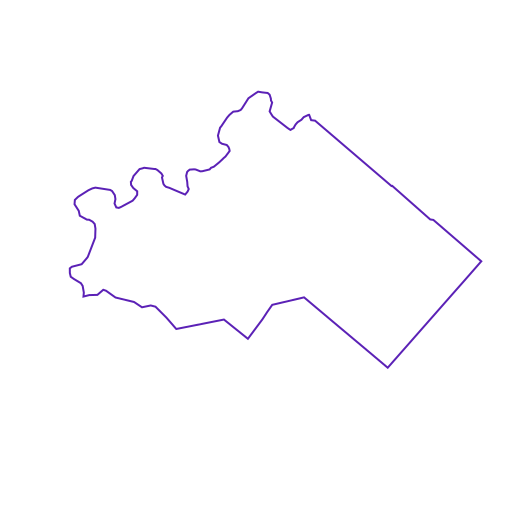 Foni Jarrol, West Coast, Gambia, rotated 311°
{"feature_id": "56634734B7386392108855", "entity_name": "Foni Jarrol", "entity_type": "district", "adm_level": 2, "iso_a3": "GMB", "parent_name": "Gambia", "parent_adm1": "West Coast", "projection": "albers", "projection_center": [-15.848, 13.224], "detail": "fine", "context": "isolated", "style": "outline", "palette": "violet", "viewbox_px": 512, "rotation_deg": 311, "n_neighbors": 0, "source": "geoboundaries", "source_scale": "gbopen_adm2", "svg_char_len": 2053}
<svg xmlns="http://www.w3.org/2000/svg" viewBox="0 0 512 512"><g transform="rotate(311 256 256)"><path d="M258.1,428.7L359.7,429.3L372.3,429.4L399.8,429.5L399.6,366.2L397.9,363.5L398.3,312.8L397.7,312.4L396.9,211.8L394.7,208.5L397.4,203.5L396.9,203.0L392.1,200.9L388.6,200.9L384.2,199.6L381.2,199.6L378.5,200.1L377.3,200.5L373.7,199.2L373.3,195.7L372.4,179.4L372.3,177.2L373.2,174.1L374.1,171.4L382.4,167.5L383.2,165.3L384.6,163.9L386.7,160.4L386.7,157.8L386.3,157.3L383.6,153.4L381.4,149.8L378.8,149.0L370.1,146.8L358.2,148.6L356.1,148.6L353.4,147.3L350.1,144.2L349.9,144.1L345.1,143.4L341.6,143.4L334.2,144.3L331.1,144.7L329.3,144.7L321.9,148.3L318.0,153.6L318.4,156.7L320.6,161.1L320.2,163.7L319.3,165.5L318.0,167.2L311.0,167.7L308.4,167.3L307.7,167.3L302.7,166.8L295.7,165.6L293.1,164.2L290.9,164.2L285.8,160.6L284.8,159.9L283.4,158.5L281.7,153.7L280.8,152.4L279.5,151.1L277.7,149.3L275.5,148.9L274.2,148.9L270.7,150.7L266.8,155.5L263.7,158.6L262.4,161.3L259.8,162.1L257.2,162.2L255.9,162.2L252.3,151.2L250.6,145.9L249.2,142.8L249.2,140.6L249.7,138.8L253.6,133.5L255.3,133.1L256.2,130.5L256.2,128.2L256.2,125.2L255.7,123.0L254.9,122.1L249.2,113.7L247.8,112.9L246.5,112.0L245.2,111.1L237.9,111.1L236.0,111.1L231.2,112.9L229.9,112.9L227.7,115.1L226.8,118.7L226.9,123.9L224.2,126.2L219.9,126.6L216.8,126.6L212.8,125.1L204.1,121.8L202.3,120.9L201.0,118.7L202.8,114.8L206.7,112.6L209.3,109.5L210.6,104.8L210.2,102.6L202.2,89.9L199.6,88.1L195.7,86.4L185.3,83.3L183.8,82.9L179.5,82.5L176.0,85.1L173.8,92.6L170.8,96.6L172.5,104.5L173.9,106.3L174.7,110.2L174.3,113.3L171.3,116.9L164.3,122.6L145.9,129.3L144.6,129.7L138.0,129.8L135.4,129.8L127.1,124.1L124.5,123.6L121.0,126.7L118.8,129.8L119.2,133.8L120.6,141.7L119.7,144.8L115.4,150.1L112.2,152.4L117.1,155.8L122.6,161.8L130.3,162.9L131.4,165.6L132.5,177.2L141.3,194.2L142.5,203.6L149.6,209.0L151.8,213.4L150.7,228.9L149.0,240.9L148.6,243.7L187.0,273.5L188.2,304.2L212.3,302.4L221.1,301.2L229.8,300.3L256.3,319.4L256.9,357.2L257.7,402.9L258.1,428.7Z" fill="none" stroke="#5b21b6" stroke-width="2"/></g></svg>